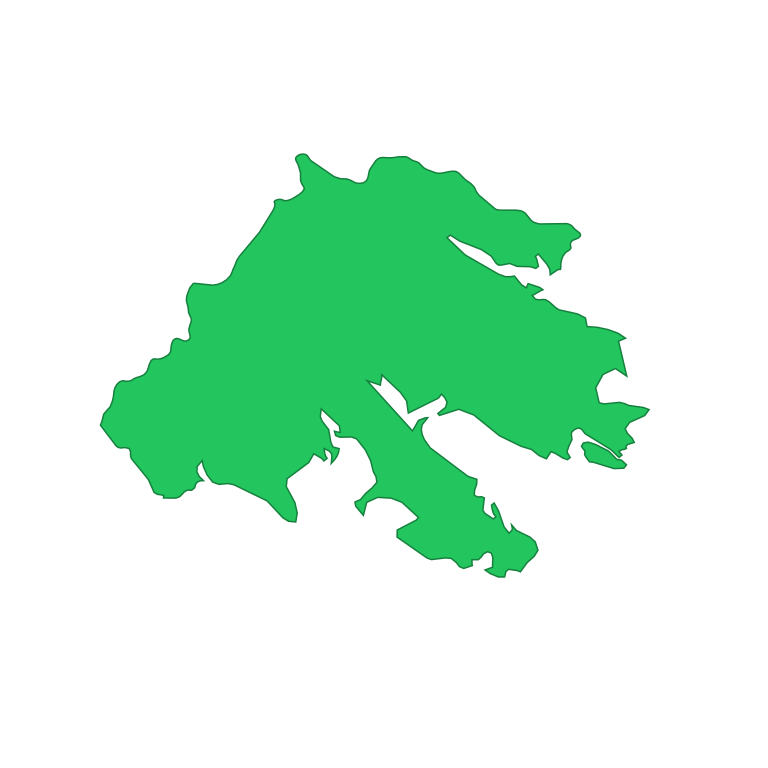 SVG path tracing the border of Kerry, rotated 231°
{"feature_id": "IRL-725", "entity_name": "Kerry", "entity_type": "County", "adm_level": 1, "iso_a3": "IRL", "parent_name": "Ireland", "parent_adm1": "", "projection": "orthographic", "projection_center": [-9.777, 52.132], "detail": "fine", "context": "isolated", "style": "filled", "palette": "green", "viewbox_px": 768, "rotation_deg": 231, "n_neighbors": 0, "source": "natural_earth", "source_scale": "10m", "svg_char_len": 5908}
<svg xmlns="http://www.w3.org/2000/svg" viewBox="0 0 768 768"><g transform="rotate(231 384 384)"><path d="M362.0,593.3L363.5,591.1L364.2,581.9L368.7,585.0L374.7,586.0L387.9,585.7L387.9,581.9L385.2,581.4L378.3,578.1L378.3,574.7L383.0,571.6L391.7,561.4L398.5,557.6L402.5,550.2L404.3,547.8L407.0,547.1L416.0,547.8L427.1,544.3L447.1,532.9L458.0,529.2L458.0,525.0L433.2,528.3L397.3,542.1L390.7,546.1L387.9,549.7L385.8,553.3L374.5,553.3L369.2,555.1L371.3,559.2L361.0,565.8L357.2,566.8L358.0,564.1L358.9,557.8L359.6,555.0L354.7,555.0L351.9,557.3L350.0,560.3L347.9,562.6L343.8,564.1L335.5,565.4L331.5,566.7L316.5,578.6L308.5,582.1L300.8,577.9L293.9,585.4L285.2,592.4L276.0,597.9L267.6,600.5L269.7,593.2L237.3,577.6L250.4,573.6L253.6,560.2L247.8,546.1L234.0,539.4L230.1,542.4L221.4,555.6L217.4,558.6L213.3,560.7L202.6,570.7L197.3,573.9L195.4,566.8L199.6,550.7L197.5,543.3L192.5,542.1L185.6,542.7L181.1,541.7L183.6,535.6L183.4,533.0L182.6,532.2L181.8,532.1L181.3,531.8L182.0,529.7L182.7,528.4L183.4,526.9L183.7,524.2L182.5,524.1L180.1,524.3L179.0,524.2L179.0,520.4L190.3,519.0L218.8,509.0L224.8,509.1L227.5,507.4L228.7,503.6L228.5,499.8L227.3,498.1L222.5,495.1L219.6,488.9L216.1,483.4L209.7,482.4L209.7,479.0L213.7,476.5L222.2,473.5L226.3,471.2L223.7,463.1L230.8,459.5L240.4,457.4L249.2,451.4L271.0,441.2L303.4,434.3L317.3,426.2L324.7,407.3L327.2,407.3L327.1,417.3L330.3,421.6L335.1,422.6L339.9,422.4L338.8,417.3L346.1,384.6L356.6,390.9L367.2,391.5L392.6,388.1L390.2,386.0L387.2,382.2L385.4,380.5L397.2,372.9L329.6,376.6L334.0,388.0L331.9,394.4L330.3,396.8L328.3,387.9L325.0,384.2L320.5,381.8L315.6,380.4L305.3,379.7L259.5,391.1L251.4,396.2L247.7,392.8L244.4,387.5L240.8,384.2L237.3,385.6L235.0,388.9L232.4,390.3L223.7,381.4L219.9,381.0L210.4,384.0L210.4,387.4L213.7,387.4L216.6,388.3L222.2,391.3L222.2,394.7L213.5,393.2L197.4,387.4L189.5,387.3L189.7,391.0L190.8,392.7L194.2,394.5L186.9,394.7L173.3,401.0L166.1,402.2L157.9,399.0L155.6,392.3L155.1,382.9L152.2,371.8L155.2,370.1L161.5,364.3L161.6,360.8L158.1,356.3L162.1,351.4L169.4,347.4L175.9,345.5L173.3,353.0L180.7,359.4L185.0,361.0L188.4,359.0L189.4,354.6L188.3,350.7L188.1,346.7L192.1,341.8L188.7,339.1L187.3,338.4L190.5,329.9L194.6,327.7L199.6,327.9L206.2,326.5L210.1,322.4L217.7,310.4L221.5,308.0L256.8,297.8L262.2,302.4L257.9,323.4L258.6,326.8L280.8,323.5L290.8,317.7L299.9,307.7L302.9,296.1L294.9,285.3L306.8,285.1L310.6,287.2L309.0,292.9L310.5,301.0L310.8,309.7L312.1,316.6L317.0,319.5L322.5,320.5L332.9,325.4L344.4,328.0L358.5,328.2L363.3,325.4L370.4,316.2L374.3,314.0L378.5,315.8L376.1,317.5L374.0,319.6L379.6,323.0L404.2,319.6L398.8,314.0L394.0,312.5L383.3,312.3L372.2,306.0L367.1,304.7L362.0,308.5L359.5,305.7L357.6,302.4L356.3,298.2L355.5,293.0L359.6,297.1L362.8,299.3L366.3,299.3L371.5,296.8L367.1,294.2L364.9,293.4L362.0,293.0L362.0,288.9L365.4,288.8L374.0,285.5L370.3,276.2L371.4,249.1L365.8,243.5L347.9,240.1L338.4,235.4L332.3,228.6L337.4,223.4L343.8,221.2L366.7,219.6L400.3,203.9L404.8,200.1L409.9,192.6L415.6,189.1L424.5,189.3L433.3,191.6L438.9,194.5L437.5,187.0L433.5,183.3L428.2,182.2L422.5,182.9L424.5,180.1L425.2,177.2L424.5,174.3L422.5,171.5L422.5,167.7L425.3,164.4L425.8,161.1L425.0,154.5L426.2,150.6L434.2,140.9L436.0,142.6L438.2,141.0L440.9,138.4L444.4,137.1L458.2,140.8L485.0,140.7L487.7,141.9L490.8,144.4L494.2,145.4L497.6,142.7L500.0,139.1L502.2,137.4L504.9,136.9L530.5,137.7L532.3,141.1L536.9,147.1L537.9,152.2L538.6,156.8L541.7,162.3L544.6,165.9L548.7,170.0L550.5,172.8L551.7,175.9L552.1,179.7L551.4,182.1L550.3,183.8L548.8,184.9L547.6,186.3L546.6,187.8L545.9,189.5L545.3,193.7L544.5,196.3L543.4,198.7L542.3,203.0L542.5,205.8L543.1,208.0L545.0,211.1L546.2,212.8L547.4,214.8L548.8,217.9L548.7,220.0L547.9,221.6L546.5,222.9L545.4,224.2L544.2,226.4L543.3,228.9L542.5,233.4L542.5,235.5L543.2,237.9L543.9,239.1L547.8,242.9L549.1,244.6L550.6,247.6L550.6,249.8L549.8,251.6L548.5,252.8L543.5,255.5L542.0,257.0L541.2,260.1L541.7,261.9L542.7,263.2L548.2,265.9L549.6,267.1L551.8,270.1L553.7,273.1L554.7,274.4L556.3,275.4L562.3,277.0L567.1,280.1L572.4,282.5L573.9,283.5L575.6,285.2L576.8,286.6L580.9,293.5L582.1,299.0L581.3,300.3L568.5,313.2L565.9,317.8L564.6,322.2L564.1,327.5L564.5,330.6L564.9,333.0L566.7,336.6L567.9,338.5L569.3,341.4L572.3,346.7L573.1,348.5L574.3,352.3L580.3,382.8L588.7,406.9L590.5,410.4L591.1,411.2L592.1,412.1L593.2,412.9L594.7,413.3L595.0,414.2L594.9,415.6L594.0,417.8L593.4,418.8L591.9,420.4L588.9,422.2L587.2,424.7L585.8,428.5L584.6,437.5L584.8,441.9L585.8,444.8L587.4,445.6L591.7,446.2L593.6,446.8L595.1,447.6L600.8,452.1L608.1,455.2L612.8,456.2L613.9,456.6L615.3,457.7L615.8,459.7L615.6,461.8L614.8,464.0L613.3,466.2L611.6,467.6L609.6,468.1L605.5,467.7L603.4,467.8L576.3,475.8L571.6,478.9L570.4,479.9L566.9,484.0L563.7,486.1L558.5,488.3L556.8,489.6L555.2,491.4L553.4,494.4L553.0,496.8L553.3,498.9L554.0,500.5L555.0,502.0L558.6,506.3L559.6,507.9L562.7,518.1L562.8,520.9L562.2,523.3L560.8,525.6L556.8,530.0L553.8,534.1L551.4,538.3L546.8,544.1L544.6,545.3L540.4,546.6L538.8,547.5L535.7,549.5L533.8,550.3L527.2,550.9L523.5,552.3L515.7,557.0L513.5,558.9L511.4,561.8L508.1,568.2L506.1,571.4L504.1,573.5L502.5,574.3L500.5,574.9L491.6,575.8L485.2,577.6L481.6,578.0L479.5,577.9L475.5,576.8L471.0,576.6L450.1,580.6L448.4,581.4L446.5,583.1L436.0,596.0L433.3,598.6L431.6,599.9L429.8,600.7L427.8,601.3L418.6,601.3L416.6,601.7L414.8,602.5L411.7,604.6L410.4,605.7L393.6,627.0L392.1,628.1L390.4,629.0L388.4,629.5L383.9,629.8L378.1,631.1L376.3,630.7L375.4,629.4L375.1,627.4L375.5,625.5L376.7,621.7L376.9,619.8L376.4,618.1L375.4,616.8L372.1,614.9L371.5,613.3L371.5,611.5L371.8,609.5L371.8,607.4L370.8,603.6L369.0,600.5L367.8,598.9L365.5,596.5L363.4,594.8L362.0,593.3ZM207.6,497.9L211.4,498.3L212.7,501.9L210.3,506.1L204.1,510.2L190.7,516.3L178.8,517.5L175.5,520.6L168.6,521.6L167.6,517.4L173.5,509.5L191.1,497.7L194.3,494.7L200.6,495.0L203.0,495.6L205.7,498.2L207.6,497.9Z" fill="#22c55e" stroke="#15803d" stroke-width="1.5"/></g></svg>